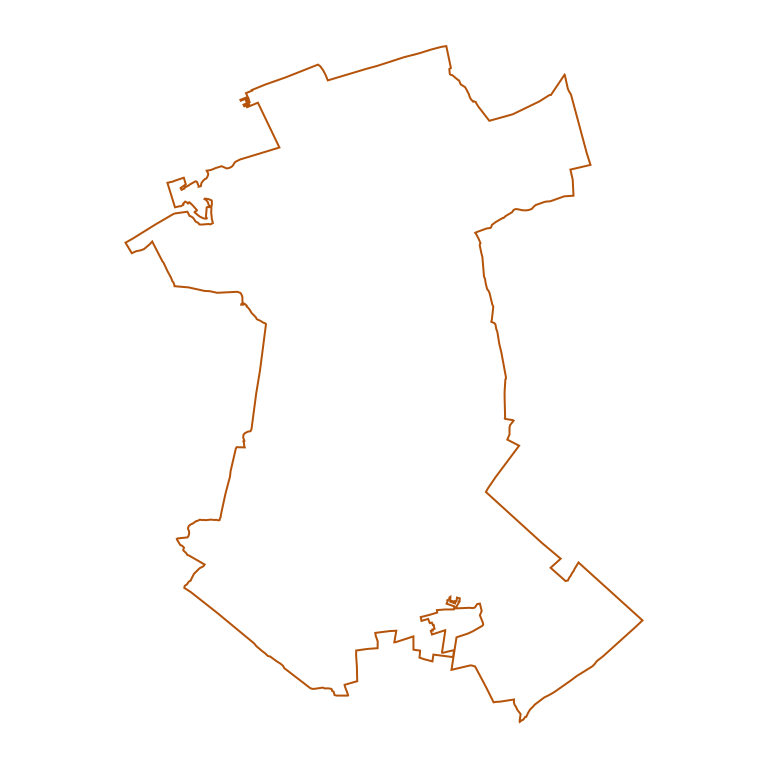 the district of Simnicu De Sus, Dolj, Romania
{"feature_id": "2599482B71423857847372", "entity_name": "Simnicu De Sus", "entity_type": "district", "adm_level": 2, "iso_a3": "ROU", "parent_name": "Romania", "parent_adm1": "Dolj", "projection": "equal_earth", "projection_center": [23.793, 44.407], "detail": "fine", "context": "isolated", "style": "outline", "palette": "amber", "viewbox_px": 768, "rotation_deg": 0, "n_neighbors": 0, "source": "geoboundaries", "source_scale": "gbopen_adm2", "svg_char_len": 6084}
<svg xmlns="http://www.w3.org/2000/svg" viewBox="0 0 768 768"><path d="M526.3,716.8L528.1,712.8L530.2,709.3L532.6,707.1L534.9,704.5L544.2,697.5L549.8,694.7L554.4,692.0L570.8,680.5L576.6,676.1L592.4,666.3L594.7,664.0L596.6,661.3L602.9,656.4L634.2,628.2L642.5,620.4L578.5,562.5L574.5,569.0L573.4,571.4L572.3,572.7L570.5,576.1L569.2,577.7L567.9,580.5L565.5,581.0L550.6,567.8L560.7,558.7L542.1,543.1L485.9,492.0L487.9,488.4L495.6,477.1L519.1,445.7L507.3,439.6L509.5,434.5L509.5,427.6L510.1,425.1L513.6,420.7L512.7,420.1L505.2,418.9L504.8,418.6L505.1,417.0L504.6,397.1L504.6,391.7L505.4,379.3L506.0,378.5L505.8,376.4L501.3,352.2L499.3,344.0L497.4,332.2L496.2,328.7L495.5,324.6L494.4,323.1L491.3,321.8L491.9,319.2L493.3,306.7L492.3,304.5L489.5,292.9L488.3,290.4L487.4,289.6L486.8,287.8L485.7,283.4L485.0,278.8L484.0,276.6L482.4,257.1L481.4,253.3L479.8,245.6L479.8,244.4L480.5,243.2L478.7,238.9L476.2,234.1L475.2,232.9L476.4,232.2L486.5,228.5L490.1,228.0L491.1,227.4L491.9,224.9L495.5,222.2L502.8,217.9L503.6,218.0L505.4,216.2L512.1,212.2L513.7,209.9L515.2,209.2L517.1,209.1L522.1,210.2L525.4,210.4L528.3,210.1L531.7,209.0L534.0,206.4L535.8,205.0L543.7,202.2L545.8,201.6L550.2,201.3L564.3,196.3L573.5,195.7L572.7,179.6L570.4,169.6L590.5,164.9L586.8,153.3L571.0,94.6L568.8,90.9L567.8,88.6L564.8,75.0L564.6,74.7L563.8,75.8L550.9,95.0L549.8,95.0L548.7,95.5L539.4,101.4L512.7,114.3L489.3,120.8L478.5,106.8L476.3,103.3L475.9,102.1L472.9,101.0L472.8,101.3L471.0,99.3L469.9,97.4L468.8,94.1L465.8,88.3L464.9,87.0L460.7,84.4L459.0,80.4L457.8,79.8L452.5,75.3L450.6,74.8L449.8,73.9L449.3,69.0L450.9,68.0L446.3,46.1L441.2,46.9L431.3,49.5L419.2,53.3L404.0,57.2L377.2,65.9L365.8,69.0L327.8,80.4L325.7,75.2L323.4,70.7L320.4,66.4L318.0,64.6L285.6,77.4L265.4,84.5L251.9,90.0L252.2,90.6L246.0,93.1L247.7,97.0L240.4,99.8L240.8,100.7L248.2,97.8L248.7,99.0L245.8,100.2L246.4,101.7L249.0,100.7L249.6,102.2L243.5,104.7L244.3,106.3L249.1,104.3L249.5,105.2L246.7,106.4L247.1,107.2L257.9,102.7L279.4,147.5L240.0,159.5L235.3,161.9L234.1,163.4L233.7,164.3L232.4,166.1L230.9,167.2L228.4,168.2L226.6,168.4L221.6,166.2L215.8,168.0L210.9,170.0L206.7,170.7L208.1,173.3L208.2,174.4L207.9,175.6L206.9,177.7L206.1,178.6L204.9,179.1L203.3,180.6L201.5,182.9L200.8,186.2L198.7,186.7L198.8,186.1L198.0,184.6L197.1,182.2L196.7,181.7L195.6,181.3L190.0,184.4L188.2,185.8L184.6,187.5L184.5,188.5L181.5,189.8L180.6,188.0L185.8,184.4L183.8,177.7L174.9,180.7L172.8,181.6L167.4,182.8L175.0,207.3L179.3,206.3L180.7,206.2L183.2,205.0L183.5,204.6L183.1,203.8L185.2,201.6L187.0,202.6L187.9,203.4L188.1,203.4L188.0,202.7L188.3,202.6L188.6,203.1L189.6,202.4L192.8,205.5L196.9,210.1L196.9,210.5L194.7,211.9L194.6,212.2L195.3,212.9L198.8,215.9L200.5,217.0L204.0,218.5L206.6,218.6L206.8,218.4L206.7,218.0L206.1,216.9L206.0,216.0L206.7,207.4L207.5,207.0L209.4,207.2L210.2,206.7L208.4,204.4L208.1,202.7L207.5,201.7L205.9,199.8L204.5,199.1L204.8,198.6L208.1,199.0L211.5,200.3L211.8,200.8L211.9,204.4L211.4,206.5L211.2,213.2L211.6,215.7L211.7,218.2L212.9,223.1L210.3,224.4L208.4,224.0L202.9,224.5L199.8,224.5L199.1,224.2L198.7,223.4L197.8,222.6L196.3,222.0L195.2,221.1L194.4,219.5L192.8,217.6L190.8,216.3L189.6,216.0L187.4,211.7L175.3,213.4L173.9,213.8L172.0,214.8L155.4,224.5L133.2,238.3L125.5,242.7L131.8,253.2L136.2,251.2L140.4,250.4L144.0,249.1L150.0,244.0L152.2,241.5L162.5,261.5L163.6,262.8L167.5,271.2L171.0,277.6L172.4,281.2L173.6,282.8L174.5,285.4L174.5,286.2L188.6,287.4L204.4,290.9L209.8,291.2L217.2,292.8L237.2,291.8L240.0,292.7L241.2,293.9L242.4,296.9L242.4,300.7L242.7,303.2L241.4,303.9L241.2,304.7L243.4,304.7L244.0,303.5L244.4,303.6L246.8,305.7L246.6,306.5L248.2,307.8L249.6,309.6L251.7,313.1L255.6,317.0L256.8,319.2L260.4,320.8L263.2,322.6L265.3,323.4L266.0,324.1L260.0,370.5L256.2,393.5L251.5,429.1L250.5,431.2L248.0,431.6L244.8,433.2L243.4,435.0L243.2,437.6L244.4,440.9L243.4,441.3L244.0,443.1L244.2,445.9L244.7,447.4L236.7,447.2L235.9,448.3L230.6,471.1L230.0,476.5L225.5,493.6L220.8,515.2L220.8,516.8L220.0,518.3L219.5,520.2L218.1,520.3L216.2,519.8L214.5,520.0L210.9,519.6L205.5,520.2L204.0,519.9L202.6,520.1L199.8,519.7L197.5,520.9L196.0,521.2L192.7,523.6L190.6,524.5L188.8,525.9L188.1,527.9L188.1,529.1L188.9,530.8L189.2,533.2L188.7,535.4L188.2,536.5L187.4,537.4L177.8,538.4L176.8,538.9L177.1,539.8L180.4,545.2L182.0,545.6L184.0,547.7L183.3,549.7L183.3,550.4L186.1,553.0L187.4,555.0L189.0,555.5L204.6,564.5L203.5,566.2L199.5,568.3L194.0,573.8L191.7,578.2L190.8,580.4L188.6,581.9L187.1,584.2L184.7,585.9L184.3,587.9L190.7,592.0L217.0,612.7L254.0,643.3L256.4,646.2L262.4,651.3L265.0,653.2L267.9,656.0L270.3,656.6L276.4,661.1L280.8,663.9L283.1,665.9L284.2,668.1L310.2,688.1L312.1,688.8L314.0,688.9L323.0,687.6L324.9,688.5L327.9,688.3L331.0,688.8L331.7,689.2L332.1,690.8L333.6,691.7L334.6,695.1L336.9,695.6L347.9,695.6L348.1,695.4L347.1,692.2L344.9,686.5L344.6,684.8L357.2,681.2L356.9,666.7L356.1,655.3L356.2,650.5L367.8,648.9L377.6,648.2L377.7,641.4L375.7,635.7L375.3,632.9L389.5,631.1L396.3,630.7L394.3,642.3L395.6,642.2L413.4,636.4L413.5,649.7L420.1,650.6L419.5,657.6L423.8,659.1L432.4,661.4L433.4,654.6L453.0,657.1L454.1,650.1L442.8,652.8L442.1,652.7L442.0,652.4L445.2,631.2L445.2,630.2L432.0,634.5L430.9,630.9L432.8,630.5L432.4,629.5L434.5,628.8L433.7,625.0L432.9,625.2L431.9,622.6L429.8,623.1L428.1,618.9L421.5,620.9L420.7,617.1L429.0,615.0L437.2,612.6L436.9,610.1L444.8,609.5L453.8,609.4L454.4,606.4L446.6,603.7L448.0,600.3L447.6,600.1L449.4,599.0L449.5,597.4L450.4,596.8L450.2,601.6L451.3,602.1L451.9,601.0L453.4,601.3L453.3,602.9L455.1,603.4L455.3,601.1L456.5,601.3L457.0,597.6L459.7,598.3L459.7,599.5L459.1,601.4L459.5,601.5L457.1,605.5L455.9,608.4L469.4,607.8L472.9,608.1L474.9,607.5L477.2,604.1L479.9,603.6L481.7,610.9L479.9,615.3L482.9,622.8L483.2,624.3L482.8,625.3L482.0,626.0L472.6,631.4L467.6,633.7L456.5,637.3L451.5,669.8L470.4,665.4L471.8,665.5L475.1,666.5L486.3,687.6L493.6,702.3L496.9,701.8L499.8,701.7L514.0,699.5L513.9,702.3L514.6,704.9L515.7,706.3L517.3,709.8L520.6,714.1L519.6,721.3L519.8,721.9L522.0,720.1L522.8,720.0L523.8,719.0L525.3,716.8L526.3,716.8Z" fill="none" stroke="#b45309" stroke-width="2"/></svg>